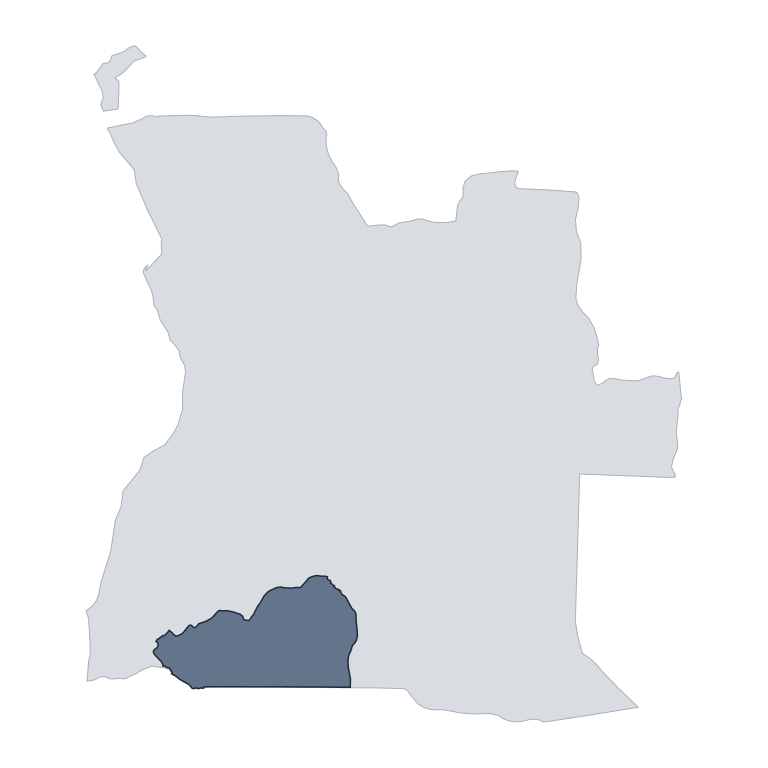 location of Cunene within Angola
{"feature_id": "AGO-1889", "entity_name": "Cunene", "entity_type": "Province", "adm_level": 1, "iso_a3": "AGO", "parent_name": "Angola", "parent_adm1": "", "projection": "orthographic", "projection_center": [15.075, -16.287], "detail": "fine", "context": "in_parent", "style": "filled", "palette": "slate", "viewbox_px": 768, "rotation_deg": 0, "n_neighbors": 0, "source": "natural_earth", "source_scale": "10m", "svg_char_len": 6372}
<svg xmlns="http://www.w3.org/2000/svg" viewBox="0 0 768 768"><path d="M678.7,372.0L679.5,378.6L680.3,387.6L680.8,394.2L681.5,397.1L681.7,398.6L680.8,400.3L680.0,404.2L678.6,407.5L677.7,409.9L678.2,414.4L676.7,427.4L676.4,433.8L677.8,445.5L677.4,449.0L673.1,459.4L671.9,464.7L671.6,467.5L675.4,475.5L675.1,477.1L672.0,477.4L669.3,477.4L579.7,474.0L575.7,609.5L575.3,621.0L577.7,636.4L582.4,653.2L584.4,654.8L589.5,658.1L596.6,664.6L600.5,669.4L608.5,678.0L619.1,688.9L638.3,707.3L571.1,718.0L545.3,721.9L543.0,721.8L539.3,719.8L531.1,719.2L521.3,721.5L513.6,721.9L508.0,720.6L502.5,718.3L497.2,714.9L487.8,713.5L474.5,714.0L461.6,713.1L449.3,710.7L440.4,709.6L435.1,710.0L429.3,709.2L423.3,707.2L418.2,704.0L412.2,697.2L407.5,690.8L406.3,689.9L404.8,688.9L403.2,688.6L376.6,687.9L214.1,686.8L195.2,687.9L193.8,687.7L191.4,686.9L189.8,685.5L184.5,682.0L179.8,679.3L173.5,674.7L169.3,669.7L165.9,668.1L159.8,667.3L155.2,666.4L151.5,666.3L144.9,668.7L140.0,671.1L136.5,673.4L130.4,676.1L125.3,678.8L116.3,678.5L114.4,678.9L109.4,678.8L104.6,676.6L99.9,676.9L94.6,679.9L87.1,681.1L88.5,662.3L90.2,653.9L90.1,644.0L88.6,618.2L87.2,614.7L86.3,610.5L91.0,607.3L93.3,604.8L96.5,600.5L98.7,594.5L101.3,581.2L110.9,550.7L115.2,520.8L121.1,506.6L123.2,490.8L139.8,470.2L143.9,457.6L152.6,451.4L164.9,444.8L173.6,433.0L177.8,425.0L182.6,409.5L182.5,393.4L185.5,371.8L184.8,365.6L180.1,357.1L179.2,351.0L174.9,345.0L170.3,340.5L168.1,332.4L160.0,319.7L157.8,311.2L153.9,305.1L153.2,297.6L151.2,289.6L147.2,281.8L143.4,272.8L143.3,270.0L145.7,266.6L147.9,265.4L147.2,267.2L145.7,269.2L146.1,270.8L161.0,254.8L161.9,251.7L161.4,248.3L161.3,244.1L161.9,239.2L147.6,210.2L136.2,183.3L134.2,169.7L119.2,152.0L113.2,140.5L109.8,132.4L107.3,129.3L108.2,127.7L112.1,127.3L120.6,125.3L132.3,123.1L143.2,118.3L146.1,116.1L151.8,115.7L157.7,116.9L159.8,115.9L161.1,115.9L174.8,115.7L180.5,115.4L191.1,115.4L197.8,115.8L201.7,116.3L212.0,117.1L224.8,116.8L229.3,116.4L246.2,116.1L277.8,115.7L294.3,115.8L306.9,115.9L312.7,117.6L317.9,120.9L320.3,123.8L321.4,125.1L322.9,128.2L325.8,130.6L326.8,134.4L326.0,139.6L326.3,145.7L328.0,152.9L331.4,160.5L336.7,168.5L338.9,174.8L338.2,179.5L339.8,184.5L343.7,189.7L346.5,192.5L348.2,194.6L352.6,202.6L366.8,225.0L368.9,226.2L372.1,225.8L378.8,225.0L385.4,224.9L390.1,226.9L392.0,226.6L399.1,222.9L406.2,221.9L413.6,220.4L417.4,218.9L421.9,219.0L433.9,222.3L436.2,222.5L445.9,222.6L455.7,221.1L457.3,208.3L457.4,205.8L459.8,201.1L462.8,196.9L463.2,192.9L463.1,187.4L465.3,180.9L471.9,175.7L482.5,173.5L488.5,173.1L498.0,171.9L512.4,170.8L517.7,171.1L518.2,171.9L515.0,180.9L514.9,183.9L516.0,187.0L518.4,188.7L547.0,189.9L574.6,191.8L576.0,192.3L577.2,193.0L578.9,197.6L578.4,206.5L575.5,219.4L576.4,231.5L580.8,243.0L581.0,260.4L576.8,283.7L575.8,298.6L577.8,304.8L582.1,311.5L588.8,318.5L593.9,327.5L597.4,338.4L598.6,345.3L597.5,348.1L597.5,352.9L598.5,359.9L597.1,364.4L593.3,366.6L592.0,369.6L593.7,375.7L594.1,381.1L596.5,384.8L598.3,385.1L602.1,383.2L606.7,379.8L610.4,378.4L615.5,378.8L622.6,380.1L635.3,380.9L639.2,380.5L651.1,376.1L654.2,375.8L658.8,376.5L665.4,378.2L672.0,378.8L675.3,377.4L675.7,375.5L676.8,372.9L678.7,372.0ZM146.1,56.0L145.3,56.8L139.9,59.0L134.0,61.1L126.4,69.4L122.5,73.0L121.4,73.9L117.9,76.0L115.4,77.7L115.4,78.6L117.1,79.7L118.9,81.4L118.8,94.9L118.1,108.2L117.1,109.3L112.3,109.8L105.8,110.8L103.7,111.4L103.0,110.1L100.8,105.3L102.0,100.7L103.3,97.2L101.8,90.2L98.5,84.0L95.0,76.2L93.9,74.7L96.8,72.1L101.2,66.4L103.0,63.5L108.2,62.8L110.1,60.8L111.4,57.5L112.0,55.6L117.7,54.0L124.7,51.2L128.5,48.1L132.4,46.2L134.9,46.1L136.6,46.9L141.0,52.0L144.9,55.3L146.1,56.0Z" fill="#d9dde1" stroke="#a8b0b8" stroke-width="1"/><path d="M193.5,688.7L192.4,688.4L191.7,687.9L189.5,685.0L188.9,684.4L184.4,682.0L179.8,679.4L175.6,676.0L171.5,673.8L172.0,672.3L171.6,671.5L170.9,670.9L170.2,668.9L169.5,668.2L168.5,667.8L167.4,667.7L166.5,667.4L164.8,666.3L164.0,666.0L163.1,666.2L162.5,663.8L161.1,661.4L155.9,656.1L153.9,653.6L153.4,652.3L153.5,651.0L154.1,650.0L155.0,649.1L156.0,648.5L157.1,647.5L157.8,646.3L158.2,644.7L158.0,643.6L157.8,643.0L157.4,642.7L157.0,642.3L156.0,641.3L156.8,640.2L157.1,639.6L157.2,639.4L157.4,639.2L157.7,639.1L158.3,639.0L158.7,638.8L159.2,638.6L160.1,637.4L160.4,637.2L160.9,637.0L161.2,637.0L161.6,636.9L161.9,636.7L162.5,635.7L162.6,635.8L162.8,635.9L162.9,636.1L163.1,636.1L163.4,636.0L164.9,635.0L166.2,633.9L169.3,630.3L172.3,633.0L173.4,634.2L175.8,636.1L176.9,636.1L179.7,634.9L181.6,634.0L182.9,632.9L183.9,631.8L187.7,627.0L189.0,625.5L190.3,625.1L191.5,625.4L192.4,626.3L193.2,627.1L194.0,627.6L194.6,627.7L195.5,627.4L196.5,626.6L198.1,624.5L198.9,623.7L199.7,623.3L201.9,622.8L206.2,621.2L211.2,618.4L212.1,617.7L217.7,611.6L218.3,611.1L219.2,610.5L221.3,610.7L222.5,610.9L224.7,610.8L225.8,610.6L228.1,610.8L234.6,612.4L240.0,614.2L242.0,615.7L242.7,616.4L243.2,617.6L243.8,619.7L248.0,620.5L249.0,620.2L249.9,619.5L251.2,617.3L253.7,614.2L257.7,606.1L260.0,603.2L263.9,596.3L267.8,592.0L271.3,589.9L272.6,589.5L276.0,587.8L277.4,587.4L281.4,587.1L282.0,587.1L283.6,587.7L284.7,587.9L292.9,588.1L294.8,587.6L296.4,587.5L300.1,587.6L301.1,586.9L307.0,580.3L308.1,578.7L310.4,577.3L314.8,575.8L316.5,575.6L318.0,575.6L320.3,576.1L325.9,576.3L326.4,576.5L327.0,576.6L327.5,576.8L327.5,577.2L327.3,577.8L327.2,578.4L327.4,579.0L328.0,579.6L328.7,580.1L330.3,580.5L330.6,581.0L330.8,582.4L330.5,583.0L330.5,583.3L331.0,583.4L332.3,584.3L332.8,584.7L333.9,585.6L334.4,585.8L334.2,586.0L333.9,586.4L333.7,586.5L333.7,586.8L334.3,587.0L334.7,587.3L336.5,589.0L336.9,589.2L337.4,589.3L338.4,589.3L338.9,589.5L339.2,590.6L339.6,591.0L339.8,591.0L340.2,590.8L340.5,590.7L341.1,593.1L341.4,593.5L341.9,594.3L344.6,596.1L345.8,597.3L351.9,608.5L354.1,610.5L354.9,611.5L355.6,613.0L356.0,614.5L356.1,620.8L357.2,630.4L357.4,636.5L356.6,639.4L356.1,640.8L355.2,642.3L352.2,646.0L351.1,650.1L349.0,654.8L348.5,656.5L348.1,659.8L348.0,663.0L348.4,668.1L350.5,679.0L350.2,687.3L342.2,687.3L330.0,687.1L317.8,687.0L305.6,687.0L293.4,686.9L281.2,686.8L269.0,686.8L268.5,686.8L256.8,686.8L244.6,686.8L232.4,686.8L220.2,686.8L208.0,686.8L204.8,686.8L204.2,686.8L204.2,687.1L203.8,688.1L202.7,688.2L200.6,687.9L200.3,688.0L199.5,688.5L199.0,688.6L198.4,688.6L197.7,688.4L196.6,688.3L195.8,688.0L195.2,687.9L194.8,688.0L194.1,688.5L193.5,688.7Z" fill="#64748b" stroke="#1e293b" stroke-width="1.5"/></svg>